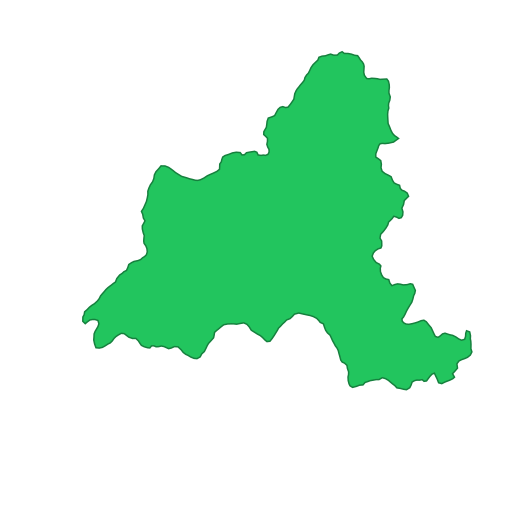 Ponto dos Volantes, Minas Gerais, Brazil (Albers equal-area conic projection), rotated 344°
{"feature_id": "56859067B62392836806132", "entity_name": "Ponto dos Volantes", "entity_type": "district", "adm_level": 2, "iso_a3": "BRA", "parent_name": "Brazil", "parent_adm1": "Minas Gerais", "projection": "albers", "projection_center": [-41.466, -16.842], "detail": "fine", "context": "isolated", "style": "filled", "palette": "green", "viewbox_px": 512, "rotation_deg": 344, "n_neighbors": 0, "source": "geoboundaries", "source_scale": "gbopen_adm2", "svg_char_len": 6050}
<svg xmlns="http://www.w3.org/2000/svg" viewBox="0 0 512 512"><g transform="rotate(344 256 256)"><path d="M72.8,266.9L71.5,271.0L73.2,274.0L75.8,272.8L78.8,271.7L81.5,272.0L83.8,272.7L86.3,274.4L86.3,277.8L84.6,280.3L82.2,282.6L80.6,284.1L78.9,286.3L77.9,289.3L76.9,292.0L76.6,296.1L76.9,300.1L80.0,301.3L83.2,301.5L86.2,300.8L89.5,299.8L91.9,299.4L94.3,298.1L96.8,296.1L99.0,294.9L101.7,294.0L105.1,293.2L107.9,294.3L109.4,296.3L111.4,299.0L114.7,301.3L117.8,302.1L119.5,305.0L120.4,308.0L121.2,310.3L123.5,312.4L126.5,314.3L128.6,315.1L130.8,313.6L133.1,314.2L134.9,315.7L137.4,316.3L140.1,316.4L142.6,317.7L144.4,319.2L146.5,321.0L149.1,321.1L152.6,320.6L156.0,321.8L158.2,325.5L159.5,328.7L161.4,331.2L163.2,332.7L165.4,335.1L168.2,337.3L171.0,338.4L174.5,337.6L176.9,335.1L180.0,333.6L182.5,330.9L184.4,328.7L186.3,326.9L189.6,324.9L192.7,322.9L194.0,320.4L195.1,318.0L197.7,316.7L199.9,315.8L202.5,314.6L206.0,313.2L210.0,313.5L213.2,314.3L215.9,315.1L218.6,316.2L222.2,316.5L225.8,316.9L228.5,319.2L229.9,322.1L231.0,326.0L233.5,328.8L235.8,331.4L238.2,333.7L239.8,336.1L241.5,339.3L242.9,341.3L245.9,341.8L248.7,339.8L251.7,337.3L254.1,335.1L256.1,333.3L257.8,331.5L260.1,330.3L262.8,328.6L265.3,327.4L267.8,325.9L271.4,325.6L274.2,324.2L276.9,322.5L281.4,322.6L285.0,324.6L288.7,326.6L291.6,328.1L294.4,330.0L297.2,332.7L298.6,335.4L299.4,337.5L302.1,339.8L302.2,343.3L302.5,346.6L303.5,349.6L305.4,352.6L306.3,358.7L307.0,361.7L307.5,364.2L308.5,366.8L309.0,369.5L308.9,372.4L308.9,375.4L308.8,379.4L309.6,381.7L311.6,383.4L313.3,386.2L312.9,389.2L313.1,392.9L312.3,395.4L311.1,397.7L310.3,401.2L310.2,404.5L310.6,406.7L312.6,408.9L316.7,409.0L319.9,408.7L323.3,409.4L326.0,407.6L329.1,407.5L331.3,407.3L334.2,407.6L337.3,407.9L340.1,408.7L343.9,407.8L346.7,409.6L349.0,412.0L350.5,414.3L351.9,416.4L353.7,418.8L355.1,421.6L358.1,423.0L361.2,424.8L363.8,426.0L367.5,425.0L369.6,422.7L371.3,420.2L374.2,419.5L376.4,419.6L378.9,420.4L381.7,420.7L383.0,422.8L385.5,423.1L387.8,421.3L389.9,419.7L392.6,418.1L395.2,417.8L395.7,421.1L396.2,423.9L396.6,428.2L399.4,429.9L402.4,429.3L405.4,429.0L407.9,428.8L411.3,428.2L413.4,427.2L412.5,423.3L415.5,421.5L418.8,419.3L419.4,415.0L422.3,412.8L425.1,412.3L428.6,412.1L431.4,411.7L434.7,410.3L437.1,407.7L437.0,404.4L438.3,400.2L439.0,397.0L439.2,394.7L440.2,391.8L440.5,387.9L437.8,385.9L436.3,388.1L435.3,391.0L433.6,393.6L430.4,393.6L428.0,391.6L425.8,388.9L423.2,386.5L420.7,385.2L418.7,383.9L416.4,382.3L413.8,382.3L411.1,383.6L408.6,384.4L406.2,382.7L405.6,379.7L405.1,376.3L404.6,373.2L403.1,369.9L401.6,366.2L399.7,364.0L396.9,363.7L393.7,364.1L390.6,364.2L387.4,364.1L384.1,363.8L381.5,362.8L379.7,361.1L378.6,359.0L379.0,356.6L380.9,355.4L383.1,353.2L385.5,350.4L387.7,348.2L390.4,345.7L393.0,343.4L394.9,340.6L396.6,337.6L398.3,335.7L399.7,333.0L399.2,329.6L398.8,326.4L396.7,325.2L393.4,325.2L389.6,324.4L386.8,322.8L384.3,321.8L381.5,321.7L378.5,322.0L377.2,319.0L377.1,315.3L374.5,313.9L372.5,311.9L371.6,309.0L371.3,305.4L372.1,302.0L373.3,300.0L372.4,297.9L369.7,295.4L368.1,291.7L367.6,288.2L369.7,285.4L372.1,283.8L375.3,282.8L378.3,282.7L379.7,280.9L380.3,278.7L380.9,276.2L380.1,273.0L381.8,269.5L385.0,267.6L388.5,265.0L391.3,262.4L392.8,259.9L394.8,258.9L397.1,257.6L399.4,255.8L401.9,257.4L403.8,259.2L406.2,259.2L408.2,257.3L409.4,254.1L409.4,250.2L412.0,247.2L413.8,243.6L417.0,241.8L419.1,240.7L418.7,237.2L416.5,234.5L414.5,233.1L413.3,230.8L413.5,227.6L411.0,225.8L408.9,223.8L408.1,221.0L407.7,217.0L405.4,214.7L402.8,212.4L400.6,209.3L400.5,205.6L401.8,202.4L402.2,198.7L400.3,196.1L398.4,193.9L399.3,190.8L401.2,188.2L403.1,185.7L404.4,183.7L406.2,182.3L408.6,182.6L410.9,183.5L414.7,184.1L419.6,184.4L422.3,183.4L425.4,182.3L424.0,180.4L422.4,178.5L421.0,175.7L420.3,172.2L420.0,168.7L419.5,165.1L420.3,161.4L421.0,158.4L421.6,156.0L422.8,152.9L424.4,150.5L424.8,147.9L425.7,145.6L427.5,143.2L428.9,140.1L428.7,136.1L429.4,133.6L430.6,130.9L431.3,128.0L431.5,124.5L430.5,121.9L427.4,121.2L423.9,120.4L421.4,119.0L419.2,118.1L416.1,117.0L413.4,116.8L411.3,115.9L410.0,112.2L410.2,109.1L411.3,106.0L412.2,103.4L412.3,101.1L411.7,98.8L410.5,96.4L409.8,93.9L408.9,91.4L406.2,90.3L403.4,88.3L400.3,86.7L396.7,85.6L395.1,83.4L392.0,83.9L389.6,85.3L386.1,84.4L383.4,82.5L380.9,82.5L377.9,82.7L374.6,82.1L371.3,82.3L369.5,84.7L367.0,86.0L363.6,87.8L360.8,90.1L358.7,92.6L356.6,94.8L354.6,95.9L352.3,97.9L350.8,100.4L348.5,102.1L345.7,103.9L344.0,105.2L341.8,106.7L340.1,108.2L338.0,110.7L336.8,113.2L335.6,115.7L333.5,117.5L330.9,119.6L327.7,121.8L325.2,121.4L322.9,119.8L320.2,119.8L317.6,121.1L315.0,123.7L312.6,126.2L309.9,126.6L305.8,126.8L303.8,129.6L302.7,132.3L301.4,135.2L299.7,136.8L297.8,138.7L296.9,141.4L298.3,143.7L299.5,146.0L298.6,149.0L297.2,151.7L297.3,154.5L297.9,157.2L297.2,159.8L295.5,161.6L292.9,161.9L290.9,161.0L288.6,160.7L285.9,159.5L285.4,156.5L283.5,155.0L278.7,154.4L275.3,154.1L272.8,155.5L270.4,155.0L269.3,152.2L265.6,150.8L261.8,150.4L257.7,150.8L253.9,150.9L251.3,151.7L249.7,153.9L248.6,155.9L246.5,157.6L245.7,160.1L244.8,162.6L241.7,163.9L237.6,164.6L234.3,165.0L231.2,165.5L227.5,166.7L223.6,167.4L220.9,167.3L218.6,166.5L215.8,164.8L213.4,163.5L211.3,162.0L209.1,160.6L206.5,159.0L204.2,156.5L201.6,153.6L199.8,151.0L198.3,149.0L196.4,146.7L193.4,144.4L189.5,143.2L186.7,145.2L183.1,147.4L180.7,150.0L179.2,153.3L177.1,156.1L174.1,158.5L171.7,161.3L169.9,163.9L169.0,167.2L167.5,170.2L165.7,173.4L163.4,176.2L160.9,179.2L158.2,181.5L158.6,184.7L158.2,188.5L159.0,191.6L156.8,193.9L155.0,195.7L154.2,198.7L154.0,202.7L154.2,205.6L153.3,207.7L152.2,210.7L151.9,213.0L152.9,215.9L153.2,218.8L152.6,222.1L151.0,224.6L148.8,225.8L146.4,226.5L144.2,227.6L141.3,227.9L137.2,227.6L134.5,228.1L131.4,229.1L129.5,231.9L127.5,234.2L124.7,234.7L122.6,235.8L119.7,236.7L116.0,239.3L113.7,242.3L111.2,243.1L109.2,244.0L107.0,244.8L104.8,245.7L102.5,246.9L100.3,248.4L97.8,250.0L95.6,251.5L93.5,253.8L91.2,255.5L87.6,257.3L84.5,258.2L81.8,259.3L78.9,261.0L75.9,262.4L74.6,265.1L72.8,266.9Z" fill="#22c55e" stroke="#15803d" stroke-width="1.5"/></g></svg>